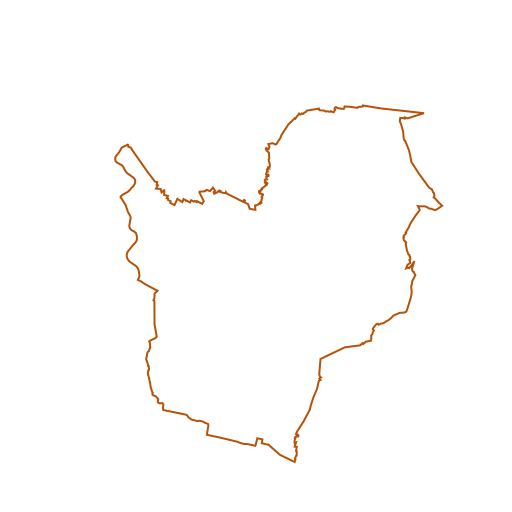 Tanhuato, Michoacán, Mexico, rotated 287°
{"feature_id": "50627088B17756192090146", "entity_name": "Tanhuato", "entity_type": "district", "adm_level": 2, "iso_a3": "MEX", "parent_name": "Mexico", "parent_adm1": "Michoacán", "projection": "orthographic", "projection_center": [-102.336, 20.272], "detail": "fine", "context": "isolated", "style": "outline", "palette": "amber", "viewbox_px": 512, "rotation_deg": 287, "n_neighbors": 0, "source": "geoboundaries", "source_scale": "gbopen_adm2", "svg_char_len": 6084}
<svg xmlns="http://www.w3.org/2000/svg" viewBox="0 0 512 512"><g transform="rotate(287 256 256)"><path d="M237.1,137.3L235.7,137.3L233.2,136.6L230.3,135.1L222.7,132.1L221.7,131.9L219.8,132.0L219.0,132.1L217.1,132.9L215.3,134.4L214.2,135.9L213.6,137.0L211.4,143.9L211.0,144.8L209.5,146.8L207.9,148.0L203.2,150.3L201.7,150.5L198.6,150.0L198.0,153.9L196.7,157.9L193.9,172.0L190.5,170.0L185.9,171.2L183.7,170.9L183.6,171.7L183.0,172.1L160.8,179.0L149.8,184.7L147.9,183.6L143.9,179.3L143.0,178.9L142.1,179.8L137.8,181.6L133.7,181.3L132.4,180.5L130.6,180.5L128.9,180.8L125.1,181.1L121.5,183.9L119.2,185.1L119.3,185.5L116.8,186.7L115.4,186.8L115.4,186.5L114.1,186.5L111.6,187.0L108.4,189.2L103.8,191.7L103.7,191.9L101.7,192.7L99.4,193.9L95.3,196.7L95.1,197.2L93.3,197.4L92.8,198.2L92.4,201.6L90.4,204.4L88.1,204.5L87.4,205.0L86.8,206.4L87.9,209.5L87.1,210.8L83.7,211.4L81.6,212.4L83.8,235.8L83.5,236.6L82.0,238.5L80.8,241.8L80.9,247.0L81.1,248.4L82.0,250.4L82.1,251.9L82.0,254.5L81.6,255.5L81.3,259.4L80.0,260.0L70.7,261.3L71.2,268.2L71.6,271.2L72.9,292.1L72.6,295.6L72.7,299.2L73.7,303.1L74.3,310.9L82.1,310.6L82.5,315.8L78.7,316.3L79.0,322.4L79.3,322.9L72.9,336.9L70.3,353.2L73.1,353.2L73.5,352.5L76.5,352.7L76.9,353.2L79.8,352.5L81.3,351.9L81.3,351.3L85.4,350.8L85.0,348.7L89.3,348.8L88.3,347.7L89.8,347.0L93.2,346.9L93.3,346.3L94.0,346.3L94.5,347.0L95.4,347.2L95.8,349.2L96.9,349.0L97.3,348.5L97.4,346.3L100.5,346.7L111.6,349.8L124.7,352.4L128.8,352.1L137.4,352.2L146.8,353.2L155.0,352.6L156.3,353.9L157.2,352.4L158.9,353.6L159.1,352.7L160.2,351.7L161.6,351.0L176.4,347.8L194.6,367.6L201.0,381.7L203.7,383.3L203.1,384.2L203.9,384.7L204.2,384.7L204.6,385.3L206.0,385.8L208.6,390.7L210.9,390.3L213.9,389.4L214.9,389.9L216.2,390.2L216.8,390.0L219.2,390.5L219.9,389.4L220.7,388.9L225.7,390.9L226.0,391.1L226.9,392.4L226.2,393.5L227.8,395.2L229.1,397.6L231.5,399.5L233.1,401.2L236.0,403.3L239.2,404.8L243.6,410.0L245.1,413.9L245.8,415.1L246.8,416.0L249.3,416.2L261.2,416.2L263.7,416.0L267.2,415.4L271.1,413.7L273.0,413.2L274.8,413.3L277.5,412.8L284.4,414.0L285.1,413.1L286.9,411.4L287.0,410.6L287.6,409.9L289.4,408.9L297.4,408.9L292.4,407.6L289.1,405.9L289.4,404.9L288.1,403.2L291.9,403.5L293.9,405.0L294.1,405.4L294.6,405.6L296.9,403.9L297.4,404.6L298.8,404.4L299.7,403.6L300.6,403.5L300.7,402.9L301.9,402.3L302.0,401.4L305.7,398.5L306.8,398.1L310.0,396.2L312.3,395.4L312.4,395.7L312.7,395.7L313.4,395.2L314.2,392.9L315.2,392.2L316.9,391.6L317.1,392.0L318.1,391.3L319.2,391.5L320.4,392.5L321.0,392.5L321.8,392.9L322.2,392.3L322.8,392.6L323.2,392.5L326.5,393.4L328.6,393.8L330.6,393.9L333.0,394.4L340.8,396.6L347.5,399.1L348.2,399.0L351.1,396.2L351.4,398.2L352.8,402.7L352.9,404.9L352.0,407.5L352.4,409.2L352.2,413.8L353.8,415.6L358.5,419.3L360.9,414.5L363.9,409.6L363.9,408.8L366.0,409.0L368.3,407.6L368.5,406.9L371.2,404.7L371.9,401.7L382.5,387.6L391.1,377.4L392.8,376.3L397.2,374.1L401.8,371.4L409.4,365.3L410.5,363.5L413.2,362.2L417.9,360.4L424.7,356.0L426.7,354.2L430.1,353.6L430.7,355.2L431.0,357.3L430.9,357.3L430.9,358.0L432.0,357.8L431.9,360.6L441.7,374.9L433.6,332.0L431.2,314.2L430.2,314.4L428.4,310.2L427.7,310.0L427.3,309.3L426.0,301.5L424.9,297.0L422.9,297.2L422.6,297.1L422.3,296.6L421.7,294.1L421.4,291.2L421.3,290.4L421.8,289.0L421.6,288.6L421.1,288.2L420.4,288.0L419.9,288.2L419.5,288.1L418.9,289.0L416.1,288.2L416.0,287.5L416.4,285.2L415.6,284.6L415.4,284.0L415.3,282.0L414.5,280.3L415.0,278.9L414.0,274.3L414.2,273.7L415.4,273.1L409.8,262.0L408.2,261.5L407.1,260.1L406.2,259.9L405.7,259.5L405.5,259.0L405.8,258.4L405.7,258.0L404.6,257.6L404.3,257.2L404.2,256.8L404.8,255.6L398.8,253.4L399.1,252.8L391.3,248.5L380.6,245.4L378.7,244.9L376.0,244.8L372.3,243.6L369.0,242.9L368.4,242.2L368.7,238.6L368.0,237.6L366.6,235.1L364.4,237.0L361.8,236.7L362.3,234.3L361.4,234.0L361.0,234.2L359.8,235.5L358.6,238.2L353.0,240.2L351.7,239.9L350.7,240.4L348.7,241.9L346.1,243.0L345.2,242.7L344.8,242.9L344.3,241.6L343.3,242.0L343.1,242.6L342.4,241.3L341.8,241.1L340.6,241.6L340.6,242.5L340.2,242.7L339.6,242.0L337.9,241.7L337.2,241.7L336.6,243.4L336.6,243.9L337.2,244.0L336.9,244.5L336.1,244.6L335.8,243.3L335.2,242.5L334.6,242.6L334.1,243.3L333.1,243.3L332.5,244.0L331.8,242.4L330.7,242.2L329.7,243.6L328.8,243.1L328.5,243.7L329.0,245.4L328.7,245.7L328.2,245.6L327.8,244.7L326.9,244.7L326.6,245.1L325.9,244.2L325.0,244.0L324.2,243.2L323.1,242.6L322.5,241.9L321.5,242.3L321.1,241.4L320.5,241.2L319.6,241.5L319.0,241.1L318.9,240.0L318.1,240.0L316.7,241.7L317.2,242.5L316.8,244.1L317.0,244.5L316.8,244.8L315.8,244.8L314.8,244.1L314.0,244.1L313.9,244.7L313.0,245.1L311.7,244.7L310.6,245.2L309.9,245.0L309.1,244.6L308.6,245.6L308.4,245.7L308.2,245.6L308.5,244.7L308.4,244.3L308.0,244.1L307.3,244.4L306.8,244.4L306.8,243.5L306.0,243.1L304.6,241.6L304.1,240.3L300.0,241.9L299.3,236.2L303.3,233.2L304.1,228.9L305.8,229.2L306.0,228.6L306.0,228.1L304.1,227.8L307.1,210.0L308.1,208.7L307.3,208.8L306.8,206.2L306.8,203.2L306.8,202.9L307.8,203.0L307.9,201.6L305.1,200.0L305.0,199.5L303.3,197.9L304.7,196.8L306.4,197.8L308.8,194.8L304.6,193.1L304.8,189.4L303.6,188.8L303.3,188.0L302.8,187.9L301.0,183.2L300.2,183.3L293.1,190.1L290.1,189.2L291.2,183.5L290.2,183.5L290.7,181.3L289.8,180.7L290.4,177.7L287.9,177.3L288.6,174.1L288.3,173.1L288.7,172.9L289.3,170.1L286.0,169.8L287.7,164.1L280.8,163.2L281.7,158.5L283.5,158.2L283.8,155.6L285.2,155.0L285.1,153.8L287.7,154.2L287.5,150.3L292.0,149.1L292.1,148.9L289.2,147.1L292.2,145.2L291.2,140.7L294.9,141.5L294.8,140.3L297.8,139.9L297.6,137.6L305.1,127.2L321.1,106.7L323.1,104.5L323.1,102.0L324.7,101.3L325.0,100.8L320.4,95.9L314.9,94.7L310.7,92.9L309.5,92.7L308.6,92.8L306.6,93.4L305.6,94.1L304.7,95.7L303.6,101.1L303.2,102.1L299.1,106.3L297.7,108.2L295.0,116.1L294.1,117.5L293.5,118.0L292.6,118.5L291.2,118.9L289.3,118.9L286.6,118.2L284.8,117.1L281.6,115.7L279.9,114.7L275.8,110.7L274.1,109.6L272.8,109.2L272.3,109.5L271.4,110.9L266.7,116.3L262.1,119.7L261.1,120.2L257.2,124.3L255.8,125.0L249.0,125.8L246.9,126.3L246.3,126.7L245.7,127.3L244.4,129.2L243.9,132.0L242.9,134.4L240.4,136.2L237.1,137.3Z" fill="none" stroke="#b45309" stroke-width="2"/></g></svg>